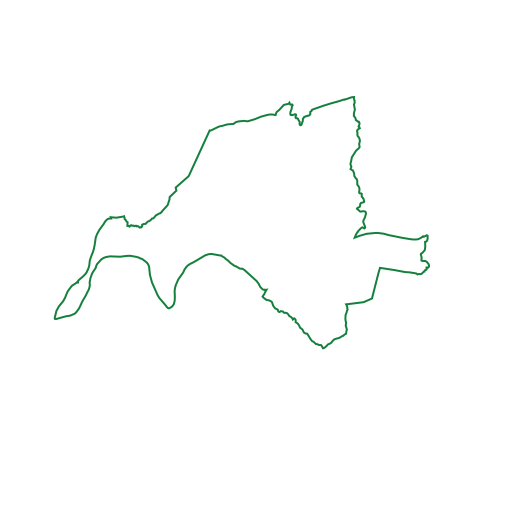 Samborondon, Guayas, Ecuador (Robinson projection), rotated 43°
{"feature_id": "8360857B50799900166454", "entity_name": "Samborondon", "entity_type": "district", "adm_level": 2, "iso_a3": "ECU", "parent_name": "Ecuador", "parent_adm1": "Guayas", "projection": "robinson", "projection_center": [-79.798, -2.011], "detail": "fine", "context": "isolated", "style": "outline", "palette": "green", "viewbox_px": 512, "rotation_deg": 43, "n_neighbors": 0, "source": "geoboundaries", "source_scale": "gbopen_adm2", "svg_char_len": 6125}
<svg xmlns="http://www.w3.org/2000/svg" viewBox="0 0 512 512"><g transform="rotate(43 256 256)"><path d="M389.8,147.0L389.7,145.7L388.8,144.7L387.5,144.2L384.8,143.8L383.2,144.2L381.0,146.2L380.1,146.5L378.1,144.1L375.4,142.4L375.2,141.8L375.5,140.4L375.5,137.0L375.3,136.4L373.4,133.7L370.0,130.3L370.6,129.5L370.7,128.7L370.6,128.0L369.8,126.4L369.1,125.6L368.0,124.6L367.9,124.3L366.8,124.3L365.6,127.5L365.1,128.1L364.7,127.9L364.2,130.5L363.0,133.4L360.4,136.1L358.0,138.0L351.0,142.7L339.0,150.1L334.2,152.6L329.6,155.9L327.8,157.5L321.7,164.4L318.1,170.4L315.7,175.3L314.5,172.1L313.9,169.5L314.1,169.2L313.8,168.2L313.8,164.4L314.1,162.8L314.4,162.4L316.4,162.0L316.5,160.9L316.3,160.5L315.7,160.2L311.1,157.9L310.4,156.9L309.4,153.6L307.5,149.9L306.1,149.0L305.1,149.2L304.1,149.9L302.0,152.4L297.6,152.6L297.4,151.9L298.3,149.3L297.9,148.4L296.7,146.7L296.6,145.6L298.1,143.2L298.1,142.5L297.7,142.2L295.5,140.8L292.9,140.5L290.9,138.4L290.2,138.5L289.2,139.4L288.5,139.4L287.8,138.9L287.0,137.6L285.4,135.9L283.9,135.2L281.4,134.7L278.8,132.0L277.4,131.1L275.9,131.1L273.5,130.5L271.4,128.7L268.8,127.4L265.9,128.0L264.9,125.7L262.7,124.6L261.9,123.7L261.0,121.9L258.8,118.5L257.4,111.1L257.4,109.5L257.7,107.7L257.6,106.1L257.4,105.6L255.2,103.9L253.7,101.3L253.1,100.6L251.4,99.5L249.9,99.0L248.9,99.0L248.1,98.7L246.8,97.5L246.1,96.6L244.7,95.7L244.3,95.1L244.3,93.3L244.8,91.8L243.8,91.3L243.2,91.5L242.7,91.4L242.4,90.3L241.4,88.5L240.0,87.7L239.7,87.7L239.6,88.1L239.0,88.2L237.4,88.2L236.8,88.5L236.1,88.4L235.8,88.0L234.4,87.2L232.0,86.8L230.0,84.4L228.5,81.5L224.3,78.4L223.7,76.7L222.7,75.8L222.4,75.2L221.9,75.1L220.1,74.0L219.3,72.9L217.8,74.5L214.3,81.1L213.9,81.1L210.9,86.5L206.9,93.0L203.0,99.8L197.3,110.7L197.3,111.2L197.7,112.0L197.4,113.7L198.1,114.4L198.8,114.9L199.1,116.2L198.9,117.2L198.2,118.1L197.9,118.9L197.4,119.3L197.0,120.5L196.4,121.2L196.4,121.7L196.7,122.5L196.7,123.6L198.4,125.7L198.8,127.2L199.5,128.4L199.7,129.4L199.0,129.9L199.0,130.1L198.2,130.0L197.8,129.7L196.5,128.1L194.3,127.6L193.0,127.0L192.3,127.1L191.4,127.9L190.6,127.8L190.0,127.3L189.3,125.6L188.5,125.3L187.8,125.8L187.1,127.2L185.9,128.7L185.4,129.1L184.8,129.1L183.9,128.4L182.9,127.1L181.7,124.0L180.4,122.4L180.0,120.8L179.8,120.6L179.0,120.6L177.8,121.9L177.1,121.8L175.9,121.1L176.0,122.2L175.8,122.9L174.0,125.4L173.3,126.7L173.4,133.3L173.0,136.1L173.0,137.1L174.2,139.6L171.4,141.4L169.3,143.4L167.0,146.8L164.5,151.0L161.7,157.0L158.4,162.6L157.8,163.4L155.0,165.4L151.2,169.8L149.9,172.0L149.5,174.7L145.7,178.8L144.4,180.7L142.8,183.5L140.8,186.3L139.6,189.2L137.6,194.5L137.0,195.5L136.5,195.8L151.9,242.2L152.3,243.7L150.6,260.7L153.2,262.5L152.6,271.7L154.2,273.7L156.5,278.6L156.7,279.4L156.8,287.7L157.0,288.1L156.8,290.1L156.0,291.5L155.7,292.9L155.1,294.3L155.3,298.3L154.4,299.6L154.5,301.0L154.2,303.0L153.4,304.7L153.3,307.9L152.3,308.8L151.6,310.1L151.5,311.0L151.8,311.1L152.4,311.8L152.6,313.2L151.9,313.7L151.7,314.5L149.9,314.5L149.0,315.0L148.8,315.5L148.0,315.4L147.3,316.1L147.0,316.9L146.5,317.3L145.9,317.2L144.8,318.1L144.7,318.4L143.7,318.6L143.3,319.6L143.6,320.3L143.5,320.8L142.2,321.0L141.4,321.7L139.1,318.9L137.8,319.1L136.6,318.6L134.6,318.5L133.8,317.7L132.4,316.9L132.0,317.7L127.7,323.3L123.3,326.7L124.5,327.4L122.7,329.2L122.3,330.3L122.1,331.4L122.2,334.0L122.8,336.6L123.6,343.6L124.9,348.6L126.2,351.8L130.3,357.7L132.3,360.9L133.9,364.0L135.5,368.2L137.5,372.6L140.4,376.5L141.2,377.9L142.5,380.8L142.6,381.9L143.2,383.1L143.5,385.0L143.5,387.6L143.3,390.3L142.8,394.1L143.0,396.3L143.1,396.7L143.5,396.8L144.6,396.3L143.8,397.0L143.0,397.2L142.9,398.5L141.7,403.1L141.8,405.1L142.3,409.5L142.8,411.5L144.8,416.7L145.8,420.6L146.2,427.2L147.5,432.3L151.1,438.7L151.8,439.1L152.2,439.0L152.8,438.4L158.0,429.9L160.8,426.3L162.8,421.8L162.9,419.7L162.4,415.5L162.0,413.8L160.0,407.8L158.5,401.0L157.5,398.0L156.6,394.6L155.2,391.8L154.4,390.7L152.3,388.7L150.0,385.1L148.1,380.6L147.6,378.5L147.1,375.3L146.7,373.6L145.9,372.2L145.3,370.4L145.2,364.0L145.9,361.3L147.1,358.9L149.5,355.8L157.1,349.2L161.5,344.0L163.9,341.6L169.3,338.1L172.1,336.8L172.9,336.8L174.0,336.1L175.6,335.7L180.0,335.3L181.9,335.4L184.8,336.5L191.4,342.2L198.0,346.3L210.9,351.8L213.8,352.6L223.4,353.7L225.5,354.1L227.2,354.1L228.0,353.7L228.4,352.8L229.1,350.4L229.0,348.7L228.6,346.9L227.1,344.3L225.4,342.2L223.0,339.7L220.7,337.5L219.0,335.3L217.4,332.5L215.1,326.1L214.0,317.7L212.9,314.4L212.6,312.0L212.5,310.0L213.3,306.4L214.2,304.2L215.4,300.5L218.4,290.1L220.2,286.9L222.1,284.8L229.4,280.1L230.3,279.3L231.1,279.4L234.0,278.7L235.9,278.8L238.5,278.4L242.1,278.5L246.9,277.9L248.4,277.2L252.8,276.2L254.9,274.5L257.5,274.1L273.4,273.9L276.6,274.4L280.1,275.7L282.9,275.9L284.2,275.7L285.2,275.1L285.2,274.8L286.1,274.3L286.7,273.5L287.5,276.8L288.1,278.3L288.2,279.8L288.5,281.1L288.8,281.0L289.5,281.4L293.5,281.0L295.9,279.5L298.4,278.8L299.4,279.0L302.4,280.6L305.2,281.2L306.1,281.2L307.5,280.6L308.7,280.5L309.9,281.2L310.7,281.3L311.4,280.9L311.8,279.4L313.1,278.5L313.6,278.3L315.3,278.4L316.7,277.1L317.6,276.7L319.3,276.7L321.4,277.2L323.3,276.7L325.3,276.9L326.3,277.3L326.4,275.6L326.7,275.4L328.6,275.7L330.2,277.4L332.0,277.0L333.1,277.0L334.9,277.4L337.2,278.4L339.2,278.1L340.6,278.2L343.2,279.3L345.1,278.9L346.2,278.0L346.9,278.0L352.2,279.5L355.1,280.0L356.6,279.5L360.0,279.5L360.6,278.8L362.7,278.2L364.3,276.8L366.0,277.1L367.9,277.8L368.2,277.4L368.7,276.3L368.8,275.3L369.0,273.5L368.9,271.7L369.9,269.4L370.2,268.0L370.0,265.9L370.0,264.0L370.7,262.4L372.8,259.0L373.7,255.7L374.1,255.1L374.4,252.8L374.9,251.4L373.4,249.3L372.5,247.7L369.2,245.8L367.1,243.0L366.3,242.7L364.4,241.2L361.8,238.1L360.5,235.0L360.0,234.3L359.6,232.7L358.6,232.3L357.8,231.2L357.1,230.8L356.7,230.8L356.2,230.3L354.9,229.9L366.2,216.4L369.8,208.0L357.0,184.6L354.8,180.1L367.1,171.7L376.1,166.0L379.5,163.2L384.6,159.8L385.4,159.4L386.6,159.4L387.1,158.4L388.7,157.1L389.3,155.8L389.4,153.0L389.8,152.5L389.2,151.4L389.8,150.5L389.9,149.6L389.6,148.9L388.7,148.5L388.5,148.2L388.6,147.9L389.6,147.5L389.8,147.0Z" fill="none" stroke="#15803d" stroke-width="2"/></g></svg>